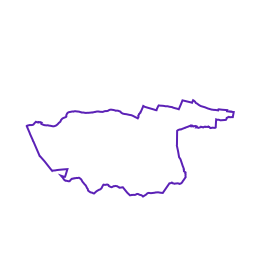 Tacuta, Vaslui, Romania, rotated 312°
{"feature_id": "2599482B23186583310189", "entity_name": "Tacuta", "entity_type": "district", "adm_level": 2, "iso_a3": "ROU", "parent_name": "Romania", "parent_adm1": "Vaslui", "projection": "equal_earth", "projection_center": [27.668, 46.938], "detail": "fine", "context": "isolated", "style": "outline", "palette": "violet", "viewbox_px": 256, "rotation_deg": 312, "n_neighbors": 0, "source": "geoboundaries", "source_scale": "gbopen_adm2", "svg_char_len": 5736}
<svg xmlns="http://www.w3.org/2000/svg" viewBox="0 0 256 256"><g transform="rotate(312 128 128)"><path d="M48.0,81.2L48.2,81.4L47.4,88.3L45.7,98.2L45.4,100.3L45.8,100.3L46.4,101.0L47.4,101.9L47.6,102.2L48.5,102.8L50.3,104.3L54.2,107.9L56.9,110.5L50.5,113.5L49.5,113.8L48.8,112.7L47.7,110.1L47.5,111.6L47.6,112.2L47.3,113.2L47.4,113.5L47.1,113.9L46.9,114.8L46.9,115.1L46.8,115.6L46.8,115.9L47.0,116.6L47.2,116.8L47.2,117.1L47.4,117.2L48.6,119.4L49.4,120.2L50.5,120.1L52.6,120.2L53.2,120.6L53.2,120.8L54.1,121.4L54.5,121.5L54.7,121.9L55.2,122.1L55.5,122.5L56.5,123.2L56.8,123.7L57.2,124.1L58.2,124.8L58.4,125.5L58.4,126.4L58.5,127.0L58.4,128.0L58.0,128.9L57.5,130.7L57.4,131.9L57.1,133.5L57.1,134.6L56.8,135.7L55.9,137.9L55.8,138.8L55.0,139.9L54.8,140.3L54.9,141.9L55.1,143.2L56.0,144.8L56.3,146.1L56.6,146.4L56.7,146.6L57.7,146.7L59.8,146.9L61.2,147.3L62.7,147.8L63.3,148.2L63.8,148.4L64.1,148.5L65.6,148.6L67.3,148.1L69.1,147.7L69.5,147.7L70.2,148.8L70.9,149.5L71.8,150.1L72.2,150.6L72.5,151.4L72.4,151.9L72.2,152.1L72.2,152.4L72.2,152.6L72.1,152.8L72.2,153.0L72.4,153.9L72.9,155.3L73.3,155.6L75.2,156.3L75.3,156.5L75.5,156.6L75.6,156.8L76.5,157.4L76.8,157.8L77.1,158.4L77.2,158.5L77.5,158.9L77.7,160.2L77.7,160.8L77.8,161.0L78.0,161.1L78.0,161.7L79.7,163.2L79.8,163.2L80.5,163.8L79.8,168.2L79.4,170.8L79.3,174.5L80.1,175.2L80.7,175.5L81.2,176.1L82.0,176.8L82.7,177.7L83.2,178.1L83.6,178.3L85.0,178.8L85.2,179.0L85.7,179.7L86.0,180.8L86.2,181.5L87.0,182.9L87.2,184.1L87.1,184.7L87.1,185.0L90.6,186.0L92.4,186.1L93.4,186.6L93.8,187.0L94.5,188.1L95.3,189.0L97.6,191.0L98.9,191.9L100.2,193.3L100.5,193.6L101.6,195.4L103.0,197.3L114.6,195.8L114.8,196.1L115.8,196.8L116.4,196.9L116.8,197.1L116.8,197.8L116.8,198.2L117.3,198.8L117.6,199.8L118.2,200.2L120.1,201.9L120.4,202.3L120.6,203.0L120.9,203.3L121.0,203.8L121.3,203.9L121.9,204.3L123.0,204.6L124.4,204.5L125.1,204.3L126.4,204.2L130.1,203.7L130.9,202.7L132.0,201.9L132.5,201.0L132.8,201.0L132.9,200.8L133.3,200.7L133.5,200.5L133.3,199.0L133.3,198.5L134.0,197.8L134.4,197.6L134.5,197.1L134.9,196.9L135.1,196.7L135.5,195.8L135.9,195.2L136.1,194.6L139.9,187.9L140.5,185.5L144.2,180.8L147.6,176.1L147.8,175.9L148.3,175.6L156.6,168.3L158.8,166.4L159.5,166.5L160.2,166.7L161.8,167.6L162.1,167.9L162.1,168.1L162.8,168.6L163.5,168.8L165.2,169.7L166.0,170.0L166.2,170.3L166.9,170.5L169.1,171.7L170.6,172.4L171.0,172.6L171.2,172.9L171.3,173.4L171.8,173.1L172.0,173.5L172.3,173.4L172.5,173.6L172.7,173.9L172.6,174.3L172.8,174.6L172.6,174.9L172.9,175.2L172.9,175.4L172.9,175.5L173.2,175.6L173.4,175.9L173.8,176.1L174.0,176.3L174.5,176.6L174.6,177.0L174.8,177.2L175.2,177.9L175.2,178.1L174.8,178.3L174.2,178.4L174.6,178.8L174.8,179.3L175.3,180.3L176.4,180.9L176.5,181.0L177.3,181.4L177.6,181.4L177.6,181.6L178.1,182.0L178.2,182.5L178.4,182.6L178.5,183.0L178.8,183.2L178.9,183.5L179.1,183.5L179.3,183.7L179.8,183.9L180.3,184.3L180.4,184.5L180.6,184.4L180.7,184.5L180.8,184.7L180.9,185.0L181.2,185.3L181.6,186.0L181.8,186.2L182.1,186.3L182.6,186.6L182.4,186.8L182.5,187.0L182.8,187.1L182.9,187.3L182.9,187.5L183.2,187.8L183.1,188.5L183.0,188.8L183.1,189.3L184.1,190.1L184.7,190.5L186.0,192.2L186.3,192.5L186.8,192.8L187.1,192.8L191.8,189.0L193.4,187.8L193.6,188.4L193.9,188.9L194.7,189.7L194.9,190.0L195.6,191.6L199.5,195.3L200.7,195.1L201.1,194.9L201.6,194.6L202.2,194.9L202.7,195.0L203.3,195.3L203.5,195.6L203.8,195.6L204.0,196.2L204.6,196.9L206.2,198.6L210.6,195.9L208.8,193.5L209.1,193.4L208.5,192.6L208.3,192.7L206.7,190.4L207.7,189.8L204.4,185.5L202.6,182.9L202.2,182.7L201.8,182.9L201.8,183.0L201.4,183.2L200.0,181.0L198.7,179.4L198.3,178.7L197.8,178.1L197.1,176.7L196.4,175.2L196.1,174.7L194.9,171.4L194.4,170.3L193.9,169.3L193.0,167.4L192.9,167.0L192.7,166.0L192.5,165.1L192.4,163.2L192.0,161.7L192.1,161.3L192.4,160.3L192.4,159.9L192.4,158.9L192.2,157.8L189.6,158.7L189.4,158.1L185.0,150.0L180.9,151.5L175.9,153.2L175.3,151.8L174.2,149.7L173.4,148.1L173.2,147.6L173.2,147.2L172.5,146.0L171.6,144.7L170.6,142.8L169.3,141.4L168.3,139.7L167.4,138.5L166.2,137.0L165.3,135.7L164.2,135.9L161.5,136.7L160.3,137.3L160.0,136.9L159.6,136.1L159.0,134.7L155.8,128.1L155.0,126.4L154.6,124.6L152.5,125.4L147.9,126.9L147.8,126.7L146.8,127.0L146.0,126.8L145.2,127.2L144.1,127.3L143.8,127.7L143.4,128.3L143.1,128.5L141.7,128.8L141.3,127.1L140.9,126.1L140.9,125.7L140.6,124.6L140.2,123.1L139.7,121.8L139.1,120.9L138.6,120.1L137.2,117.6L136.0,115.9L135.2,114.4L134.9,113.1L134.9,111.8L135.1,111.4L134.1,108.9L133.3,107.9L132.6,107.3L132.5,106.8L131.7,105.2L130.3,103.1L130.0,102.8L128.9,102.0L127.8,101.8L127.1,101.4L126.6,101.1L125.7,100.1L124.7,99.3L123.5,98.7L123.2,98.5L122.8,98.2L121.9,97.0L121.3,96.3L120.8,95.4L120.7,95.4L120.1,94.5L119.0,93.5L118.5,93.2L118.0,92.9L117.9,92.7L115.8,91.3L115.5,91.0L115.5,90.8L115.3,90.7L113.1,88.7L112.3,87.8L110.9,86.5L110.5,85.8L110.3,85.6L109.8,84.7L108.7,83.4L108.6,83.1L108.3,82.9L108.2,82.5L108.2,82.4L108.1,82.2L107.5,81.0L107.4,80.6L107.0,80.2L106.7,79.8L106.7,79.7L105.7,78.4L105.2,77.6L104.6,77.0L103.7,76.5L103.6,76.2L102.8,75.4L101.4,74.4L100.4,73.6L99.6,73.2L98.8,73.0L97.8,73.1L96.5,73.5L95.8,73.9L95.5,74.3L95.3,74.5L94.6,74.5L92.0,73.2L91.0,72.9L89.2,72.9L88.5,73.1L87.8,73.4L87.4,73.5L85.6,73.2L84.6,73.2L83.5,73.2L81.8,72.9L80.3,72.2L79.4,71.5L79.1,71.2L78.1,69.5L77.6,68.6L76.9,67.7L76.5,66.8L76.3,66.5L75.6,65.9L75.0,65.1L74.4,64.3L73.9,63.4L73.0,60.9L73.1,60.7L73.3,60.6L73.6,60.1L74.1,60.1L73.8,59.2L73.7,58.9L73.2,58.4L72.6,57.5L72.2,57.8L71.9,57.4L71.5,56.8L71.0,55.4L69.1,55.3L67.3,55.4L66.8,55.2L66.0,54.7L65.0,53.7L64.7,53.3L64.1,52.7L63.7,52.5L63.3,52.2L63.1,52.1L62.9,51.9L62.0,51.4L61.7,51.4L58.6,58.1L58.0,59.2L55.7,64.4L55.5,65.0L55.3,65.2L54.7,66.3L54.7,66.7L49.0,79.1L48.0,81.2Z" fill="none" stroke="#5b21b6" stroke-width="2"/></g></svg>